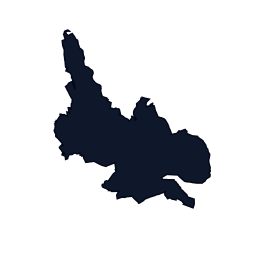 the district of Tureni, Cluj, Romania, rotated 21°
{"feature_id": "2599482B36645978156904", "entity_name": "Tureni", "entity_type": "district", "adm_level": 2, "iso_a3": "ROU", "parent_name": "Romania", "parent_adm1": "Cluj", "projection": "orthographic", "projection_center": [23.671, 46.648], "detail": "fine", "context": "isolated", "style": "filled", "palette": "ink", "viewbox_px": 256, "rotation_deg": 21, "n_neighbors": 0, "source": "geoboundaries", "source_scale": "gbopen_adm2", "svg_char_len": 5833}
<svg xmlns="http://www.w3.org/2000/svg" viewBox="0 0 256 256"><g transform="rotate(21 128 128)"><path d="M58.8,149.3L58.2,150.4L58.8,150.6L59.0,151.8L59.9,152.2L59.9,152.6L59.6,153.4L60.1,154.4L60.0,156.8L61.4,158.4L61.9,158.8L62.2,158.5L62.7,159.2L63.5,161.6L64.1,162.0L66.2,162.7L71.4,165.5L73.4,166.9L73.8,167.5L73.3,167.9L72.2,167.4L70.9,170.6L71.7,171.5L73.4,172.3L74.9,173.5L78.0,174.4L78.0,175.5L75.9,175.1L76.0,176.7L79.5,176.8L81.0,179.7L82.2,178.7L82.6,178.2L82.4,177.2L82.5,175.5L82.4,174.2L82.5,174.0L85.3,172.8L85.8,172.3L86.0,171.6L87.3,170.4L87.7,170.2L88.1,170.2L89.5,170.5L90.6,169.9L90.6,169.6L92.2,168.9L93.0,170.5L94.5,170.0L94.9,170.7L96.1,169.7L96.5,170.5L97.5,171.7L97.4,171.9L99.7,173.9L100.4,174.8L100.9,175.2L108.3,171.2L113.9,171.9L117.1,172.1L121.2,171.7L121.5,171.2L128.2,165.1L130.3,168.8L131.4,171.0L131.1,171.4L132.6,172.9L130.8,176.0L128.5,185.0L127.4,184.9L126.8,185.0L125.7,186.1L125.6,187.1L126.1,188.3L126.1,188.9L125.9,189.2L125.3,189.2L124.6,189.5L124.3,190.1L124.3,190.7L125.0,191.8L125.5,192.1L127.0,192.3L129.2,192.3L133.1,192.8L132.9,193.1L135.3,192.5L135.5,193.0L141.9,190.5L142.3,190.5L141.7,192.5L141.7,194.1L141.5,194.6L143.3,197.9L147.0,194.8L150.0,193.8L151.2,192.7L155.9,190.4L157.0,190.5L158.7,191.5L164.3,193.7L164.8,194.4L165.1,194.3L165.9,193.6L167.8,190.9L168.5,190.2L169.0,188.5L173.4,184.4L177.1,181.5L178.9,179.7L180.4,179.0L182.8,176.5L183.7,176.0L185.0,174.8L185.2,174.3L185.9,174.0L185.9,176.0L186.0,176.4L186.4,177.2L186.9,177.6L188.8,178.6L189.2,179.0L190.4,179.8L192.2,178.0L194.4,178.6L198.2,177.9L198.5,178.0L198.4,177.1L198.6,176.5L200.2,176.2L204.8,176.9L205.9,177.8L207.6,178.2L207.1,179.3L217.3,179.2L217.2,176.6L217.0,175.3L216.7,174.4L215.2,170.8L214.9,171.0L213.7,170.7L212.2,170.9L210.4,170.9L209.7,171.2L209.3,171.2L208.1,170.6L206.4,168.9L205.6,169.0L204.7,168.3L204.2,168.3L201.7,167.0L201.0,166.7L200.6,166.8L199.6,166.4L199.2,166.0L198.6,165.7L198.4,164.8L197.7,164.8L197.4,164.4L195.6,163.6L195.2,163.2L195.1,162.9L193.6,162.3L192.4,161.3L191.8,161.3L190.1,160.6L189.9,160.5L189.8,160.1L189.2,159.9L187.7,160.6L183.8,162.0L182.2,162.4L178.6,163.8L178.1,163.3L177.3,161.9L180.9,157.4L191.6,153.9L193.3,155.0L199.0,157.1L200.3,157.4L202.2,157.1L205.1,156.2L208.1,155.7L211.7,154.8L216.6,153.0L217.1,152.7L217.3,152.1L218.8,150.1L219.1,148.4L219.4,147.4L219.7,146.9L221.6,144.5L221.8,144.0L221.8,143.4L221.1,141.7L220.1,141.2L219.7,140.6L220.3,139.4L220.3,139.0L219.5,137.6L218.8,135.4L218.1,134.4L216.5,132.3L215.2,130.1L214.7,128.4L214.2,125.2L213.8,123.6L213.1,122.7L211.8,122.0L209.9,119.2L209.6,119.2L208.4,118.3L207.5,117.4L206.8,116.2L205.3,115.2L205.0,114.8L204.1,114.5L202.7,113.2L200.1,112.4L198.6,112.2L196.5,111.5L195.8,110.9L190.8,112.3L185.7,112.1L184.3,111.4L184.1,111.0L184.2,110.0L183.3,109.7L181.8,108.9L178.1,112.2L177.6,112.5L177.2,112.3L176.7,112.4L176.4,112.7L176.0,114.5L175.3,115.7L171.0,118.4L170.2,117.5L169.6,116.6L168.6,115.5L168.4,115.1L167.6,114.5L165.7,112.7L165.4,112.0L164.6,111.1L162.5,109.2L160.0,107.3L159.0,106.7L155.6,106.5L155.4,106.7L152.0,106.9L148.7,103.3L147.2,102.0L145.5,99.4L144.3,97.9L143.0,98.3L141.6,99.5L141.4,99.5L142.0,98.1L142.3,97.7L142.4,97.1L142.3,96.2L142.2,96.1L141.0,97.4L140.0,99.5L139.4,100.3L138.3,100.7L137.4,101.4L136.1,99.4L136.0,97.1L136.5,95.7L137.0,94.9L137.6,93.4L133.2,94.1L130.1,94.3L130.2,95.7L130.0,95.9L129.5,95.8L129.7,97.2L129.6,97.9L128.4,100.3L128.1,101.0L127.6,101.7L127.4,102.5L128.3,103.7L128.1,104.1L128.5,105.7L128.0,106.5L127.9,107.0L128.0,107.3L127.6,107.6L127.7,108.8L127.4,109.0L127.5,109.4L127.4,109.9L127.6,110.5L127.5,111.0L128.6,113.6L132.5,117.1L131.8,118.1L131.1,117.2L129.7,116.1L127.4,115.6L127.3,115.9L128.1,116.5L127.6,118.7L126.8,121.2L126.7,121.2L125.7,120.6L125.0,120.0L124.6,119.9L121.3,119.7L119.4,119.0L116.3,118.4L116.2,118.6L115.7,118.7L115.8,118.6L115.7,117.4L113.4,114.0L113.1,113.7L112.2,113.5L112.0,113.8L111.5,114.1L109.5,113.8L108.5,114.9L107.9,115.1L106.9,115.8L106.5,115.8L106.1,115.3L105.1,115.5L104.3,116.0L103.1,110.4L99.2,110.2L99.3,108.6L98.5,108.5L97.4,107.6L93.6,107.9L92.0,107.2L90.4,104.9L89.7,104.1L89.3,103.0L88.8,102.3L88.6,101.6L88.7,100.8L88.1,100.0L87.7,98.7L86.3,98.0L83.5,98.0L81.2,97.5L78.0,95.8L76.4,93.9L75.9,93.0L75.8,92.3L75.8,90.0L75.7,89.2L75.0,88.0L74.2,87.3L73.7,87.0L71.4,86.5L69.0,85.6L66.2,85.9L64.3,84.9L64.0,84.4L63.6,83.4L62.5,81.6L62.4,80.8L62.3,79.3L62.0,78.0L60.2,76.0L59.5,74.9L58.5,72.6L58.1,72.1L57.4,71.7L55.1,70.9L54.2,70.8L53.6,70.4L52.9,69.1L51.4,67.6L50.8,66.2L49.4,64.2L49.0,64.0L47.5,63.9L45.7,62.2L42.1,59.8L40.5,61.4L39.1,63.3L36.8,62.3L35.8,61.3L35.5,60.4L35.5,60.1L37.0,59.1L38.6,58.6L38.2,58.4L37.5,58.4L36.9,58.1L36.5,58.2L36.4,58.3L36.5,58.6L35.2,59.3L34.4,60.2L34.2,61.1L34.6,63.2L34.3,63.5L37.8,67.9L35.3,70.0L37.5,74.4L40.5,77.8L41.2,79.7L42.1,82.4L43.8,85.4L44.2,86.5L45.3,88.1L47.7,93.0L48.2,93.7L50.1,93.8L50.2,94.1L49.6,94.5L49.6,96.9L50.1,96.8L51.6,97.1L53.0,97.0L54.8,97.5L55.6,98.2L56.7,99.4L57.1,100.9L57.7,101.6L58.7,102.3L59.2,103.2L59.9,104.0L60.9,104.7L61.6,106.0L64.5,109.7L64.3,110.1L63.7,109.9L62.8,108.6L61.6,107.2L59.5,104.5L58.1,105.7L57.5,106.4L56.8,107.0L56.3,108.5L56.2,109.5L55.3,111.1L55.0,111.3L54.8,111.7L56.8,113.4L58.0,114.6L59.4,115.6L61.5,117.7L63.4,119.3L64.1,120.0L65.0,120.5L65.8,121.2L66.7,124.4L66.7,125.1L66.5,125.7L68.2,130.8L67.6,130.6L66.7,130.0L65.4,130.2L64.9,130.5L65.7,131.6L66.5,133.2L67.9,134.9L67.5,134.9L67.0,134.7L66.7,134.8L65.2,134.9L67.2,138.4L66.3,138.3L66.2,138.7L65.8,138.9L65.0,138.6L63.9,138.3L63.3,138.5L62.7,138.9L62.7,139.4L62.1,139.4L62.1,139.1L61.6,139.0L60.4,139.1L59.6,139.6L60.6,141.1L60.5,141.4L60.2,141.7L60.4,142.2L59.8,142.7L59.8,143.8L59.5,144.3L59.4,145.4L59.1,146.4L58.4,146.7L58.9,147.2L58.4,147.7L58.7,147.7L58.8,148.2L58.7,148.8L58.4,149.0L58.8,149.3Z" fill="#0f172a" stroke="#020617" stroke-width="1.5"/></g></svg>